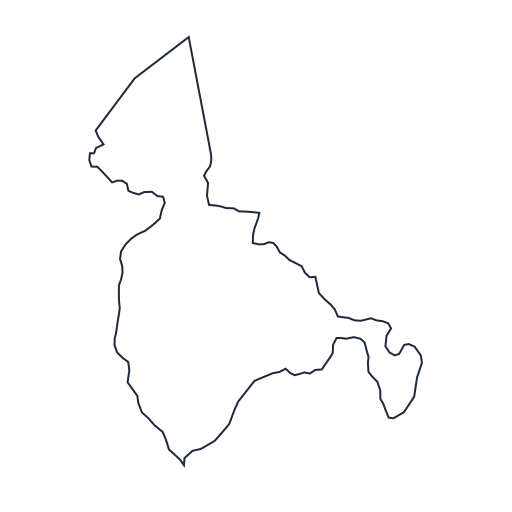 Tavares, Paraíba, Brazil (Equal Earth projection), rotated 4°
{"feature_id": "56859067B5341311253148", "entity_name": "Tavares", "entity_type": "district", "adm_level": 2, "iso_a3": "BRA", "parent_name": "Brazil", "parent_adm1": "Paraíba", "projection": "equal_earth", "projection_center": [-37.87, -7.587], "detail": "fine", "context": "isolated", "style": "outline", "palette": "slate", "viewbox_px": 512, "rotation_deg": 4, "n_neighbors": 0, "source": "geoboundaries", "source_scale": "gbopen_adm2", "svg_char_len": 2227}
<svg xmlns="http://www.w3.org/2000/svg" viewBox="0 0 512 512"><g transform="rotate(4 256 256)"><path d="M173.6,42.3L122.6,87.2L87.3,142.0L90.1,147.7L96.1,155.3L88.8,159.5L87.3,164.8L83.2,165.1L83.0,172.0L85.7,178.3L91.4,178.0L95.5,181.5L100.8,186.4L107.3,192.6L112.4,190.5L117.3,190.3L122.1,193.0L124.2,199.9L129.1,201.6L134.9,202.8L139.7,200.1L147.7,199.2L153.3,203.1L159.1,203.4L161.3,209.2L158.7,217.1L157.5,225.3L152.6,230.5L148.9,234.1L143.8,238.5L139.5,240.8L135.5,243.1L130.4,247.3L125.3,253.2L121.1,260.7L120.6,268.5L123.3,275.6L124.0,281.9L123.1,288.5L121.3,294.9L121.8,302.2L122.4,309.8L123.7,317.5L123.3,323.8L122.6,331.1L121.8,342.5L120.8,348.1L121.1,354.8L124.2,361.9L130.5,367.3L135.9,370.6L137.6,379.0L136.7,391.0L142.2,397.5L147.4,403.9L148.9,411.0L153.1,420.0L160.0,425.4L166.7,432.0L171.5,435.5L175.2,438.0L178.0,443.5L180.2,448.5L182.6,455.0L186.9,458.4L194.1,464.1L198.7,469.7L198.8,462.5L206.2,454.8L214.4,452.3L227.6,443.4L235.4,433.2L241.0,425.5L245.5,410.2L248.3,402.6L263.2,380.6L280.8,371.8L287.4,370.1L293.4,366.4L298.3,370.3L302.9,372.2L307.0,370.9L312.4,368.8L317.9,369.5L323.1,365.5L329.6,364.6L332.8,358.9L336.6,352.7L339.3,347.3L339.1,339.1L342.1,332.2L346.8,331.9L352.0,332.2L359.3,330.1L366.0,331.3L370.4,334.7L372.7,341.8L375.3,348.8L375.1,355.0L376.3,363.8L380.3,368.2L385.8,373.0L389.4,381.6L390.0,389.8L393.3,394.6L396.0,400.6L399.6,408.0L404.4,408.3L414.5,401.5L423.6,385.3L425.2,365.5L426.9,359.2L429.0,350.9L427.3,343.6L420.5,335.3L414.5,333.2L410.1,334.3L405.6,343.7L401.3,345.4L396.0,343.0L391.4,337.0L391.8,326.5L395.8,318.8L392.5,313.9L386.9,312.2L380.4,311.8L375.3,310.1L370.4,311.6L365.1,313.3L358.9,313.3L352.4,311.3L346.6,311.0L341.9,310.6L338.4,303.9L334.4,299.7L327.3,294.2L321.3,288.6L319.3,281.7L316.6,272.6L311.1,273.5L306.0,269.3L302.2,263.0L295.5,260.1L289.5,257.6L284.6,253.4L279.6,250.8L275.9,245.0L272.3,241.8L267.7,241.4L263.2,243.6L258.3,244.2L251.9,243.3L251.6,235.5L252.6,228.3L255.4,218.8L256.3,212.7L246.8,212.4L242.1,212.4L236.0,212.7L230.5,210.0L222.9,210.3L218.0,209.1L213.4,208.5L205.6,208.3L202.9,199.3L203.1,186.4L198.5,179.6L200.7,174.7L203.9,169.9L204.7,164.5L204.3,158.8L201.1,146.5L173.6,42.3Z" fill="none" stroke="#1e293b" stroke-width="2"/></g></svg>